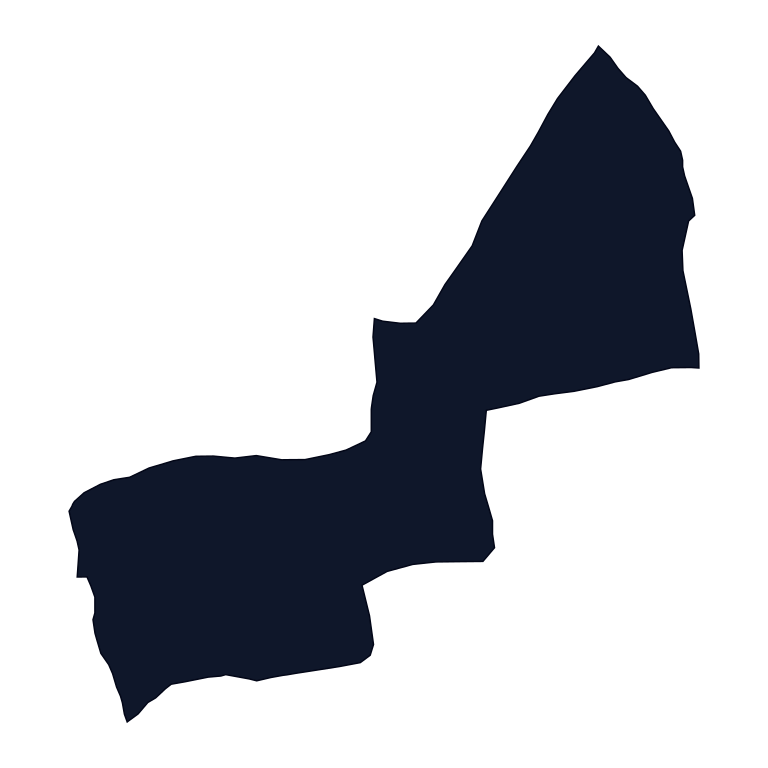 Esan North-East, Edo, Nigeria (Robinson projection)
{"feature_id": "59680162B23598949397905", "entity_name": "Esan North-East", "entity_type": "district", "adm_level": 2, "iso_a3": "NGA", "parent_name": "Nigeria", "parent_adm1": "Edo", "projection": "robinson", "projection_center": [6.377, 6.787], "detail": "fine", "context": "isolated", "style": "filled", "palette": "ink", "viewbox_px": 768, "rotation_deg": 0, "n_neighbors": 0, "source": "geoboundaries", "source_scale": "gbopen_adm2", "svg_char_len": 2019}
<svg xmlns="http://www.w3.org/2000/svg" viewBox="0 0 768 768"><path d="M698.9,368.0L698.7,353.9L694.8,331.4L690.8,308.9L682.9,270.6L682.1,250.4L688.6,221.0L694.7,215.3L692.4,198.4L688.5,187.2L684.6,175.9L682.6,166.9L682.6,160.2L680.6,151.2L674.7,142.2L668.8,131.0L661.0,119.8L653.2,108.6L645.3,95.2L637.5,86.2L626.6,78.0L625.8,77.3L618.0,68.4L610.1,57.2L606.2,53.5L598.4,46.1L594.5,52.9L586.7,62.0L575.1,75.6L557.6,98.4L547.9,114.3L538.2,132.4L530.4,146.0L516.8,166.5L499.4,193.7L481.9,220.9L472.2,245.8L454.7,270.8L445.0,284.5L433.4,304.9L415.9,323.1L406.1,323.2L400.3,323.3L382.7,321.2L374.4,318.6L373.0,337.1L373.5,342.4L374.5,353.8L374.9,358.5L377.0,382.2L373.2,395.7L371.5,407.4L371.3,409.3L371.3,425.1L371.3,431.8L365.5,440.9L348.6,448.9L346.0,450.1L328.5,454.8L305.1,459.6L290.1,459.7L281.7,459.8L256.3,455.6L240.0,457.5L234.9,458.1L230.7,457.7L230.3,457.7L213.4,456.1L195.9,456.3L192.2,457.0L188.8,457.7L173.9,460.7L172.5,461.0L170.4,461.7L155.2,466.2L149.1,468.0L129.6,477.3L114.0,479.7L100.4,484.3L84.2,492.7L74.5,501.4L72.7,504.3L72.0,506.2L69.1,511.2L73.2,529.7L74.4,533.1L77.1,541.0L79.1,550.0L77.8,568.8L77.2,577.0L87.0,576.9L90.9,585.9L94.9,597.1L94.9,599.5L94.9,612.6L94.9,612.9L93.0,619.7L95.0,633.2L96.9,639.9L99.0,647.0L100.9,653.4L108.7,664.6L112.6,673.6L116.6,687.1L120.5,696.1L122.4,702.8L124.4,714.1L127.2,721.9L138.1,713.9L147.8,702.5L155.6,697.9L159.8,694.0L165.3,688.8L171.2,684.2L172.9,683.9L184.8,681.8L208.2,677.1L220.9,676.0L225.7,674.6L249.2,678.9L256.7,680.8L270.8,677.5L283.0,675.3L287.0,674.8L296.4,673.2L311.4,670.9L339.6,666.5L360.3,662.6L370.2,655.2L373.5,644.5L369.5,615.8L362.0,585.2L373.8,578.7L387.1,571.4L412.7,564.4L426.7,562.9L436.1,561.9L461.4,561.6L482.9,561.4L494.5,547.7L492.5,534.2L492.5,520.7L488.6,507.2L484.6,493.7L480.6,469.0L482.5,448.7L484.4,430.6L486.3,410.3L498.0,407.9L519.5,403.2L538.9,396.2L554.5,393.8L574.0,391.3L597.4,386.6L615.0,381.9L628.6,379.5L652.0,372.4L671.5,367.7L691.0,367.5L698.9,368.0Z" fill="#0f172a" stroke="#020617" stroke-width="1.5"/></svg>